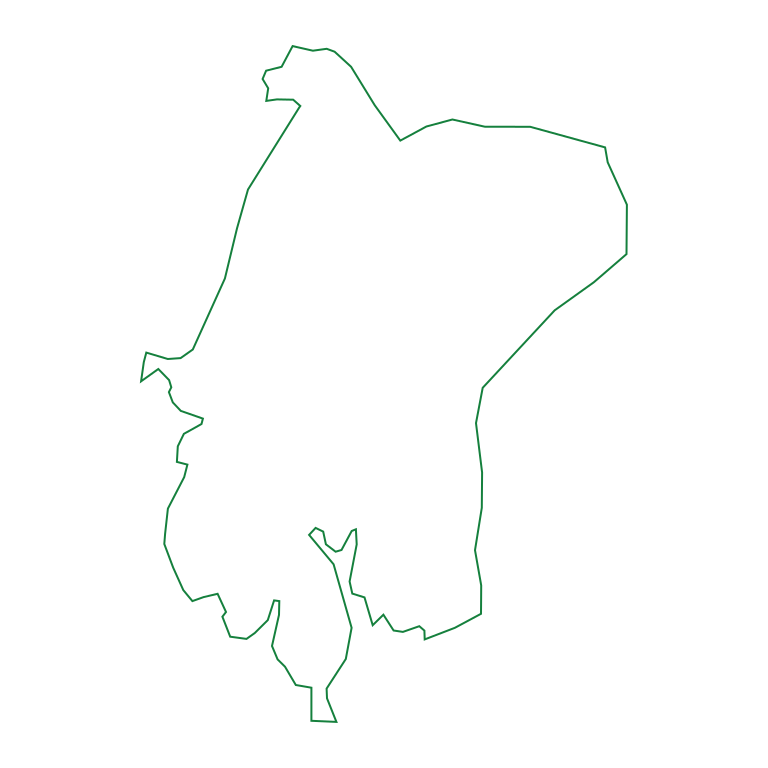 Onchon, P'yŏngan-namdo, North Korea (Equal Earth projection)
{"feature_id": "82179303B53175016570528", "entity_name": "Onchon", "entity_type": "district", "adm_level": 2, "iso_a3": "PRK", "parent_name": "North Korea", "parent_adm1": "P'yŏngan-namdo", "projection": "equal_earth", "projection_center": [125.215, 38.867], "detail": "fine", "context": "isolated", "style": "outline", "palette": "green", "viewbox_px": 768, "rotation_deg": 0, "n_neighbors": 0, "source": "geoboundaries", "source_scale": "gbopen_adm2", "svg_char_len": 1447}
<svg xmlns="http://www.w3.org/2000/svg" viewBox="0 0 768 768"><path d="M326.7,48.8L312.9,50.7L292.6,46.1L281.6,66.8L266.1,70.7L262.6,79.0L268.2,88.3L266.3,100.9L276.9,99.4L293.2,99.7L300.3,106.0L299.1,107.7L248.0,189.5L237.0,228.4L224.9,278.5L192.8,349.5L180.6,358.1L167.8,359.0L146.3,352.6L143.8,362.1L141.1,381.3L158.3,369.0L169.1,380.1L171.3,387.3L168.9,392.1L172.8,402.4L180.8,410.9L202.9,418.6L201.5,424.0L189.2,430.9L183.9,433.8L177.8,446.3L176.9,461.9L187.4,464.6L184.2,477.1L167.9,508.6L165.1,533.8L164.3,544.0L173.2,567.7L183.3,590.1L192.4,601.1L203.6,597.1L217.6,593.8L226.0,612.0L222.4,616.7L230.2,636.7L246.5,638.9L254.8,633.0L267.8,620.1L274.1,600.4L279.3,601.1L279.0,614.9L272.0,646.0L277.6,659.4L285.0,666.7L295.8,685.0L311.4,687.7L311.4,720.8L336.4,721.9L327.0,698.3L326.6,688.6L345.8,659.0L351.6,627.8L333.6,564.3L309.1,534.9L315.6,527.9L323.2,531.6L325.9,544.3L335.6,551.7L341.5,550.0L348.0,537.9L351.7,531.0L355.9,529.3L356.7,544.4L349.6,581.5L352.3,593.6L364.5,597.4L372.7,625.2L383.4,614.7L393.6,630.5L402.9,631.9L419.3,626.2L424.4,630.6L424.7,639.4L454.9,627.8L481.0,613.8L481.1,601.1L481.2,585.5L480.7,582.5L475.0,550.2L481.8,507.8L482.1,472.5L476.0,423.1L482.7,387.8L528.5,338.5L554.7,310.3L593.9,282.2L626.5,254.1L626.7,229.3L626.9,204.7L607.7,162.3L605.1,147.4L530.2,126.8L484.8,126.7L452.4,119.5L426.4,126.5L400.3,140.6L374.7,105.2L351.1,66.8L334.6,51.7L326.7,48.8Z" fill="none" stroke="#15803d" stroke-width="2"/></svg>